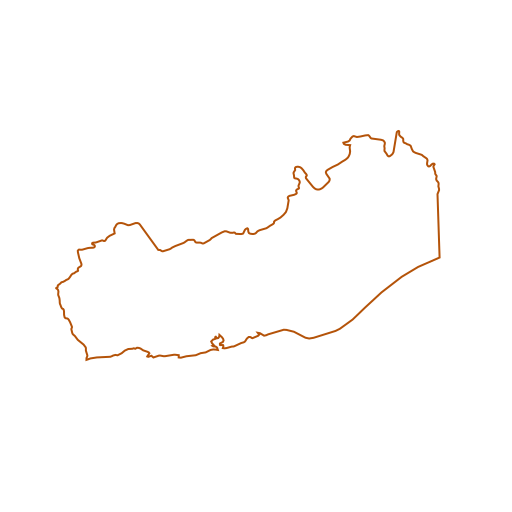 an SVG outline of Espírito Santo, rotated 53°
{"feature_id": "BRA-625", "entity_name": "Espírito Santo", "entity_type": "State", "adm_level": 1, "iso_a3": "BRA", "parent_name": "Brazil", "parent_adm1": "", "projection": "robinson", "projection_center": [-40.668, -19.574], "detail": "fine", "context": "isolated", "style": "outline", "palette": "amber", "viewbox_px": 512, "rotation_deg": 53, "n_neighbors": 0, "source": "natural_earth", "source_scale": "10m", "svg_char_len": 6074}
<svg xmlns="http://www.w3.org/2000/svg" viewBox="0 0 512 512"><g transform="rotate(53 256 256)"><path d="M367.7,110.3L362.3,133.1L360.3,152.1L360.6,177.7L362.8,199.7L364.9,217.1L364.6,232.9L363.7,237.6L356.0,259.2L353.9,263.2L351.0,265.7L339.3,271.3L333.4,276.1L331.6,278.2L325.9,293.4L325.4,295.6L324.5,297.5L320.0,299.3L318.4,300.8L320.7,300.8L321.0,302.3L319.5,308.3L318.8,308.8L317.9,309.0L317.1,309.5L316.3,310.6L316.4,312.4L316.6,313.4L317.5,315.7L317.7,316.8L317.5,317.9L316.6,320.2L315.0,327.7L314.6,328.7L313.8,329.8L311.8,334.9L310.8,336.7L309.6,337.9L308.4,336.3L307.4,335.9L306.6,336.7L306.0,337.8L305.3,338.3L304.2,337.5L304.7,334.1L303.9,332.7L302.3,332.1L300.3,332.1L297.0,332.7L298.3,333.9L298.8,335.5L298.3,336.6L296.3,336.7L296.3,337.5L297.0,337.8L297.7,338.3L296.9,340.6L297.3,343.2L299.1,343.6L301.6,343.4L301.4,344.9L302.5,344.5L303.9,342.8L305.7,342.2L308.1,343.0L306.5,344.5L304.9,346.4L303.7,348.8L302.7,354.2L300.3,358.7L299.0,363.8L294.2,371.9L292.0,377.2L290.5,378.8L288.7,377.4L286.3,379.9L285.4,381.1L281.3,388.9L280.3,390.2L278.1,392.2L277.2,393.3L275.3,399.0L272.7,399.6L271.7,402.7L270.8,403.3L270.3,402.2L270.0,401.0L269.5,399.7L268.4,399.7L267.4,400.2L263.4,402.9L260.4,403.9L258.9,404.9L257.7,406.2L257.4,408.3L256.2,409.1L255.6,410.7L253.4,414.0L252.6,417.7L252.8,421.8L252.0,426.3L250.4,427.8L249.5,430.0L249.3,431.3L248.8,433.0L241.2,444.2L238.2,449.8L236.9,453.9L235.5,452.8L234.6,451.2L233.9,450.5L229.2,448.8L227.2,447.3L226.5,447.0L223.0,447.0L215.7,448.8L210.9,448.8L208.5,449.3L207.7,449.3L206.7,449.0L203.3,447.5L203.0,447.2L202.5,446.3L202.0,445.7L201.1,445.4L196.9,444.3L194.1,443.9L193.1,444.0L192.5,444.2L191.0,445.6L190.2,445.7L189.7,445.7L187.5,444.7L184.6,442.6L183.1,441.9L182.3,441.9L181.5,442.4L180.9,442.5L179.1,442.2L177.7,441.7L176.3,441.4L175.3,440.9L173.6,439.7L171.9,438.7L170.8,438.2L168.3,437.5L167.6,437.1L165.5,435.2L164.2,434.6L163.7,434.5L163.1,434.5L161.6,435.0L161.3,434.7L161.5,433.3L161.2,432.8L160.6,432.4L160.2,431.8L160.2,429.0L159.9,427.2L160.6,425.5L160.9,423.3L160.9,422.1L161.4,420.0L161.4,419.3L160.8,417.1L160.0,415.0L159.8,413.8L159.8,413.0L160.3,411.8L160.3,411.0L160.3,409.1L160.8,407.4L160.6,406.9L159.7,406.5L159.1,406.1L158.6,405.3L158.5,404.6L158.7,402.4L158.7,401.8L158.5,401.3L157.8,400.5L157.0,400.1L151.5,398.5L146.1,396.1L144.6,395.2L144.4,394.6L144.3,393.7L144.6,393.2L145.7,392.0L146.4,390.9L148.4,385.7L149.2,384.2L151.4,381.0L151.7,380.0L151.6,379.3L151.3,378.9L150.8,378.6L150.2,378.5L149.6,378.7L148.3,379.6L147.8,379.6L147.2,379.2L147.2,378.7L147.3,378.1L148.6,376.2L149.1,375.0L150.8,369.7L151.2,369.2L152.3,368.6L152.8,368.0L153.0,367.4L152.9,366.8L152.0,364.5L151.8,363.7L151.8,360.7L152.9,355.3L149.5,353.5L148.5,352.3L148.0,350.7L147.3,349.4L147.0,348.4L146.9,347.3L147.2,345.9L148.4,344.0L149.1,343.2L150.9,341.8L154.2,339.8L154.8,339.1L155.4,338.0L157.2,332.4L158.2,331.0L158.8,330.5L159.7,330.0L161.0,329.8L192.3,330.4L193.5,329.0L195.3,328.3L195.9,327.9L196.3,327.3L198.6,320.9L198.8,319.5L198.8,317.9L199.5,314.4L201.8,306.6L202.1,305.1L202.1,302.6L202.2,301.0L202.5,300.2L205.2,296.5L205.6,296.1L206.1,295.9L206.7,295.8L208.0,296.0L208.8,295.9L209.6,295.3L211.5,292.8L212.2,292.1L213.8,291.2L214.3,290.5L214.5,289.9L215.4,283.4L215.3,282.0L215.0,280.7L216.6,269.1L217.4,266.1L218.5,264.8L221.9,262.6L223.4,260.7L224.0,259.4L224.6,258.9L225.7,258.8L226.2,258.7L229.5,254.7L230.0,253.7L230.3,252.8L230.1,252.3L228.5,249.2L228.4,248.6L228.3,247.9L228.6,246.3L229.1,246.1L229.7,246.1L231.6,247.3L232.6,247.7L233.5,247.8L234.2,247.5L235.0,246.9L236.3,245.6L236.9,244.8L237.5,243.4L237.6,242.1L237.2,240.2L237.3,239.0L237.6,237.5L240.0,231.2L240.2,229.8L240.3,226.6L240.7,223.6L240.7,222.5L240.5,221.9L240.1,221.4L239.6,221.1L239.3,220.4L239.2,219.1L239.7,216.3L240.0,213.3L239.7,209.3L239.0,206.1L238.8,205.5L237.3,203.1L236.7,202.2L231.4,196.6L231.0,196.3L229.1,195.8L228.5,195.5L228.0,194.6L228.1,193.1L230.0,188.9L230.5,186.9L230.5,186.1L230.2,185.5L228.4,184.9L227.8,184.5L227.5,183.5L227.6,182.6L227.9,181.6L227.8,181.0L227.5,180.7L226.3,180.3L225.4,179.7L223.9,177.2L223.6,176.8L222.6,176.2L221.4,176.0L220.1,176.1L218.7,176.9L217.5,178.1L217.0,178.3L216.5,178.4L214.2,177.0L212.6,176.3L212.2,176.0L211.8,175.4L210.9,173.0L209.3,172.0L209.1,171.6L208.9,170.9L209.1,170.3L209.6,169.2L210.3,168.4L211.3,167.6L212.0,167.2L213.3,166.8L216.0,166.6L218.8,166.8L220.7,166.6L222.0,166.8L222.4,167.2L222.7,168.4L223.2,168.9L224.0,169.3L235.0,168.9L237.3,168.5L238.9,167.8L240.1,166.7L240.9,165.5L241.3,164.4L241.6,162.6L241.6,161.1L240.6,153.4L240.4,152.8L239.9,151.8L239.1,151.0L238.7,150.7L238.0,150.6L232.9,150.4L231.8,150.1L231.3,149.9L230.9,149.5L230.6,149.0L230.4,148.4L230.3,147.0L231.0,141.3L232.2,135.6L232.5,130.4L232.9,127.0L232.9,125.4L232.7,123.3L232.0,121.6L230.9,119.7L229.0,117.8L226.5,116.4L225.6,115.8L224.8,115.0L224.1,114.1L221.1,117.5L219.5,118.3L219.0,118.3L218.1,118.0L220.0,113.6L220.1,111.7L219.2,110.0L219.0,109.0L218.7,107.3L218.8,106.4L219.1,105.7L221.7,103.8L223.4,100.7L225.4,96.3L226.4,94.6L227.2,93.5L228.5,93.3L230.5,93.4L231.1,93.3L231.6,93.1L238.3,86.3L240.0,85.0L241.4,84.7L242.6,84.8L243.2,85.0L244.0,85.7L245.4,87.4L247.4,88.5L248.6,89.6L249.5,90.2L252.9,90.2L255.0,90.5L256.1,90.2L256.6,89.6L256.8,88.9L256.8,86.6L256.5,85.2L255.7,83.6L242.2,69.4L241.8,68.9L241.7,68.2L241.8,67.1L242.2,66.7L242.7,66.7L243.2,67.0L244.8,68.4L245.9,68.8L247.9,68.6L249.6,68.0L250.8,67.9L251.3,68.1L252.6,69.1L253.7,69.6L254.3,69.6L254.8,69.5L256.1,68.6L257.7,68.0L259.2,66.9L260.1,66.5L260.9,66.2L261.5,66.3L264.4,67.2L267.0,67.6L268.2,67.2L269.8,66.4L274.3,63.2L275.4,62.6L276.7,62.4L280.6,61.1L281.2,61.0L281.9,61.1L282.9,61.5L284.8,63.5L285.6,64.1L286.1,64.4L287.3,64.5L288.1,64.4L288.6,64.0L288.8,63.4L288.9,62.8L288.6,60.8L288.6,60.0L288.7,59.2L289.3,58.3L289.8,58.1L290.3,58.2L290.9,59.9L291.2,60.3L291.6,60.7L296.8,62.4L298.1,63.3L298.7,63.5L300.5,63.5L301.0,63.7L302.8,65.7L303.3,66.0L304.5,66.3L306.4,66.1L307.6,66.3L308.5,66.9L310.1,68.4L312.5,69.4L313.6,70.2L315.8,73.8L367.7,110.3Z" fill="none" stroke="#b45309" stroke-width="2"/></g></svg>